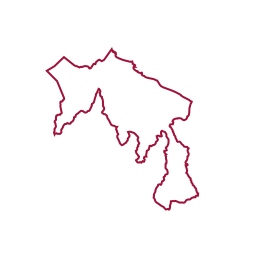 outline of Barranca, Lima, Peru, rotated 154°
{"feature_id": "86281439B29685222960103", "entity_name": "Barranca", "entity_type": "district", "adm_level": 2, "iso_a3": "PER", "parent_name": "Peru", "parent_adm1": "Lima", "projection": "robinson", "projection_center": [-77.671, -10.626], "detail": "fine", "context": "isolated", "style": "outline", "palette": "rose", "viewbox_px": 256, "rotation_deg": 154, "n_neighbors": 0, "source": "geoboundaries", "source_scale": "gbopen_adm2", "svg_char_len": 5829}
<svg xmlns="http://www.w3.org/2000/svg" viewBox="0 0 256 256"><g transform="rotate(154 128 128)"><path d="M108.8,36.6L107.3,37.6L106.9,37.6L105.2,37.4L103.9,36.7L103.1,36.7L101.5,37.2L100.3,37.0L99.5,37.1L97.8,36.2L97.1,37.1L96.3,37.3L95.4,36.7L94.7,36.5L94.2,37.6L93.6,38.4L94.2,39.3L94.2,40.0L93.9,42.3L93.4,43.6L94.0,45.3L93.9,46.7L94.8,48.4L94.4,49.7L94.8,51.2L94.7,51.9L94.5,52.1L94.2,52.8L94.5,53.9L93.8,55.2L94.5,56.6L94.4,57.6L94.8,58.5L94.7,60.9L95.3,62.1L94.0,63.1L93.3,64.4L92.6,69.1L91.3,68.5L90.6,68.7L90.5,69.5L91.5,70.8L91.6,71.3L91.4,71.9L90.8,72.5L88.8,73.5L87.7,75.0L87.1,76.3L86.1,76.5L85.4,77.2L84.6,78.6L84.7,80.3L84.3,81.7L83.6,82.6L82.5,82.9L82.4,83.2L82.8,83.7L83.1,85.0L84.3,85.6L85.7,86.7L85.9,88.2L86.7,89.8L87.1,92.2L87.6,93.1L89.4,93.8L89.8,94.8L89.5,95.8L89.6,98.5L89.1,99.8L89.6,101.4L89.2,102.7L89.4,103.9L89.0,104.5L89.2,105.5L88.9,105.9L88.9,106.3L89.2,110.1L89.8,110.8L89.7,111.6L88.5,112.7L87.4,112.4L86.1,111.7L84.7,113.3L85.1,114.3L84.4,115.2L82.2,115.7L79.9,115.2L79.6,114.8L78.6,114.8L77.3,114.2L75.8,113.0L75.3,111.6L74.5,110.7L73.6,110.3L71.6,110.5L70.4,111.3L69.7,112.4L68.7,112.3L67.8,112.9L66.3,114.8L64.0,119.0L60.9,122.5L60.3,122.7L59.2,123.7L60.4,125.4L60.7,126.3L65.1,132.2L66.2,134.3L66.1,134.7L69.1,138.9L72.1,142.4L78.3,148.9L79.8,150.9L80.4,152.5L80.9,157.5L81.0,157.9L81.8,158.5L82.4,159.5L84.0,161.1L87.0,163.4L89.5,165.5L90.3,166.7L90.6,167.6L92.0,169.0L92.3,170.0L92.1,170.3L91.6,170.7L91.5,171.0L91.3,171.2L91.4,171.7L92.1,171.6L92.7,171.9L94.2,173.3L94.6,173.9L94.5,174.6L95.0,174.8L95.0,175.3L95.5,175.6L96.4,177.2L96.9,178.5L96.9,179.3L96.5,180.2L96.0,180.5L95.1,180.0L95.3,180.5L94.1,181.3L94.3,181.9L95.0,181.9L95.3,183.3L95.7,183.8L95.3,184.4L95.2,185.5L95.1,185.8L95.6,185.8L96.3,186.4L96.6,186.4L97.2,186.7L102.5,191.2L105.3,194.2L106.9,196.2L107.4,197.1L107.6,198.4L107.3,198.9L106.4,199.5L106.3,200.5L106.8,200.5L106.9,201.1L106.2,201.3L106.6,202.2L107.1,202.4L107.2,202.7L107.4,202.6L107.7,203.0L108.0,202.8L108.3,203.3L107.9,204.1L108.2,204.3L108.3,204.8L108.1,206.0L119.7,199.7L122.3,199.6L123.8,201.9L124.7,202.0L127.4,201.4L128.6,200.7L128.8,200.1L129.3,199.7L130.5,200.6L131.0,200.6L135.0,198.2L136.0,198.2L136.5,198.4L136.7,198.7L136.6,199.6L137.0,200.7L138.6,202.1L140.2,202.7L142.7,203.0L143.6,203.7L145.1,203.7L146.5,205.5L148.4,207.3L148.9,208.0L154.5,219.8L167.0,215.8L175.9,215.0L171.2,201.2L172.3,183.1L172.8,182.0L173.5,181.6L174.4,181.5L175.3,180.7L175.9,180.7L176.5,181.2L177.4,181.0L177.9,180.1L178.3,178.7L179.3,177.1L181.0,170.5L181.4,170.3L182.4,170.3L183.3,169.7L185.0,170.6L186.1,170.3L186.5,170.6L187.0,170.5L188.1,169.1L189.1,166.9L190.5,166.5L191.1,166.0L191.3,165.5L191.2,164.3L192.0,161.3L192.5,160.5L194.6,159.2L195.4,157.3L196.5,156.4L196.8,154.4L196.1,154.9L194.7,154.7L194.1,153.8L191.4,152.5L189.9,153.2L189.6,153.6L188.9,155.5L186.2,157.2L185.4,158.1L183.6,159.1L182.9,159.2L181.7,158.7L181.0,159.0L180.4,159.0L180.0,158.7L179.8,158.2L178.1,157.2L177.4,157.5L176.7,158.0L174.9,158.3L173.8,158.8L172.4,160.2L171.8,161.3L170.3,161.1L169.4,162.4L168.9,162.7L166.5,163.1L163.5,163.9L162.6,164.0L161.8,163.5L160.8,162.4L160.1,160.9L159.5,160.5L158.0,160.3L156.9,160.8L155.5,160.5L154.9,160.6L150.7,163.9L150.6,164.6L149.9,165.4L148.4,165.6L147.3,166.2L144.4,169.5L142.7,171.2L141.8,172.6L141.1,172.8L137.2,176.1L136.9,175.8L136.9,175.1L136.6,174.4L136.7,173.4L137.0,172.7L138.1,172.1L137.9,171.5L138.8,169.4L138.7,168.5L138.2,168.2L137.8,167.4L138.4,166.1L138.2,165.1L139.3,161.6L139.9,161.0L140.3,159.3L140.9,158.7L140.6,156.9L141.3,155.2L144.3,153.7L144.6,153.0L143.7,151.3L142.6,150.4L142.0,149.5L141.6,148.4L142.1,146.0L141.7,142.9L141.7,138.9L141.4,137.8L140.8,137.0L139.4,136.0L138.3,134.1L137.4,133.8L138.9,132.6L139.4,131.8L139.1,130.5L139.6,129.4L139.5,126.7L140.8,126.0L141.7,124.5L141.7,119.7L141.9,118.0L141.7,116.6L141.0,115.2L138.9,115.2L138.3,115.5L135.9,115.7L135.3,116.4L133.6,117.1L132.8,118.7L132.2,118.8L130.1,120.1L129.8,120.8L129.9,121.5L129.7,122.8L129.7,124.4L128.7,124.2L127.4,123.5L124.8,121.0L123.7,118.4L123.7,117.6L123.1,116.5L122.9,114.9L124.5,113.4L124.7,112.5L124.6,109.6L124.8,109.0L125.5,108.8L126.6,108.1L126.7,107.1L128.2,106.5L129.3,104.5L131.0,104.0L131.1,102.8L131.4,102.4L131.5,101.5L131.0,99.8L131.1,99.0L130.6,97.5L131.6,96.4L133.9,95.6L134.6,95.7L135.0,95.3L134.5,92.9L133.2,92.1L132.0,92.1L131.5,91.3L131.1,91.0L129.5,91.8L129.0,91.4L128.7,90.8L128.4,90.7L126.9,92.1L127.0,93.7L126.1,94.8L125.6,94.9L124.0,94.2L123.6,95.6L123.0,96.6L122.3,97.3L121.3,99.1L120.8,99.3L119.4,99.3L118.5,99.8L116.6,102.2L116.4,102.4L115.6,102.2L114.9,101.4L113.1,101.7L111.7,101.3L110.1,101.9L108.9,103.3L108.1,103.4L106.3,104.3L106.1,104.8L106.3,105.8L105.8,108.1L104.3,108.0L103.6,107.4L103.0,106.4L101.9,105.9L101.2,105.9L100.9,106.7L101.1,107.4L100.6,109.0L100.1,109.9L99.1,110.6L98.7,110.6L98.6,110.0L97.7,109.4L96.7,108.3L96.4,107.6L96.2,105.5L97.1,103.9L97.1,102.8L96.6,100.2L97.1,98.8L98.5,96.3L100.9,94.2L102.1,94.0L102.7,93.6L102.8,91.9L103.0,91.0L104.2,91.0L105.3,91.6L105.7,91.2L106.0,90.2L105.6,88.1L105.2,87.5L106.0,87.3L106.5,86.8L106.3,85.5L107.3,83.9L107.5,82.5L108.1,80.7L109.0,80.0L109.1,79.3L110.2,79.0L110.9,77.1L111.6,76.2L111.8,75.6L111.7,74.7L111.3,73.4L111.3,72.3L112.0,70.2L112.7,69.4L114.6,69.6L115.5,69.2L115.8,68.6L116.3,68.3L117.3,68.3L117.5,68.2L118.2,65.5L119.7,65.0L120.4,65.2L120.9,64.9L122.9,62.6L123.5,62.6L124.1,63.4L125.3,63.8L125.8,63.7L126.8,62.6L128.8,61.7L130.8,59.8L131.2,58.9L133.5,57.2L134.0,56.7L134.3,55.5L135.0,55.0L135.5,54.1L135.2,52.4L135.5,49.9L135.2,49.0L131.9,43.0L130.7,41.5L129.8,38.3L129.5,38.1L127.4,37.7L127.1,36.8L126.5,36.7L125.3,37.8L125.0,38.7L124.5,39.1L124.3,39.9L122.5,41.6L121.9,43.0L121.4,43.4L120.5,42.8L119.3,42.6L118.4,41.9L117.2,41.6L114.2,38.2L112.7,37.7L110.5,36.3L108.8,36.6Z" fill="none" stroke="#9f1239" stroke-width="2"/></g></svg>